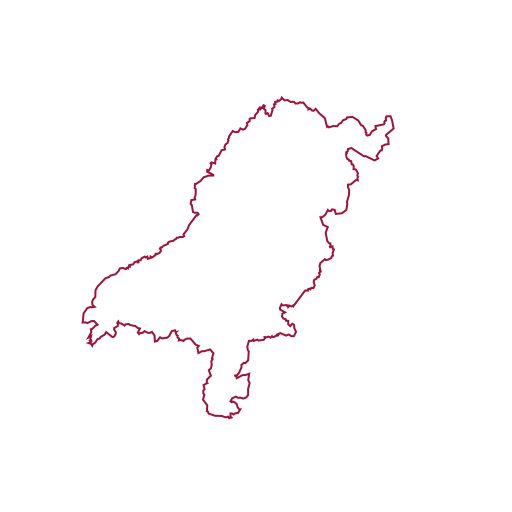 outline of Tzitzio, Michoacán, Mexico, rotated 238°
{"feature_id": "50627088B47865938217160", "entity_name": "Tzitzio", "entity_type": "district", "adm_level": 2, "iso_a3": "MEX", "parent_name": "Mexico", "parent_adm1": "Michoacán", "projection": "natural_earth1", "projection_center": [-100.936, 19.426], "detail": "fine", "context": "isolated", "style": "outline", "palette": "rose", "viewbox_px": 512, "rotation_deg": 238, "n_neighbors": 0, "source": "geoboundaries", "source_scale": "gbopen_adm2", "svg_char_len": 6111}
<svg xmlns="http://www.w3.org/2000/svg" viewBox="0 0 512 512"><g transform="rotate(238 256 256)"><path d="M376.7,361.8L375.6,360.4L375.3,357.9L376.5,356.9L375.5,356.0L376.7,353.9L374.6,353.1L375.1,351.6L372.6,350.7L372.3,347.6L371.1,347.4L367.1,342.9L367.7,341.3L371.0,341.6L371.2,339.7L371.9,339.5L374.6,341.4L376.6,340.7L378.7,343.0L379.9,342.3L378.9,340.3L377.9,340.1L380.0,338.0L379.7,337.2L378.3,337.9L378.0,337.3L379.0,335.1L377.1,334.0L376.0,330.1L373.7,327.8L375.7,324.3L375.6,323.2L373.7,322.1L373.7,318.9L371.6,318.1L369.7,314.3L370.0,311.9L372.5,310.4L370.6,306.8L372.1,303.9L374.3,302.6L371.7,296.4L370.7,296.1L369.7,294.0L368.6,293.9L366.9,291.7L366.8,289.3L365.3,287.1L362.8,286.2L363.9,282.9L360.6,277.2L361.2,276.1L360.0,273.5L359.1,273.5L359.4,272.8L356.1,270.4L358.9,268.0L359.0,267.2L358.6,266.5L357.2,266.7L355.0,264.4L353.5,261.4L354.8,260.3L353.2,259.2L347.6,262.8L346.9,262.4L349.3,258.3L350.5,253.4L349.0,248.7L348.9,243.6L349.4,242.4L346.1,240.0L344.7,240.4L339.9,237.2L338.0,234.8L336.2,234.4L337.7,230.8L334.7,228.1L333.0,228.5L326.8,225.9L325.3,226.8L323.6,229.4L321.8,229.4L321.5,227.5L322.1,227.1L317.8,215.9L314.9,211.9L312.7,205.9L310.8,205.5L311.0,203.8L312.8,201.1L312.6,200.0L313.5,198.4L312.7,196.9L313.1,195.5L312.6,194.2L314.1,190.2L314.0,188.5L312.9,187.6L313.7,182.9L313.2,180.9L313.8,179.5L313.0,178.3L312.1,178.7L310.6,177.9L309.8,175.9L310.0,173.4L310.9,172.5L310.9,171.6L310.0,171.2L309.8,166.9L311.4,166.3L310.2,165.3L310.9,162.8L313.1,163.5L313.2,161.7L314.5,161.2L314.7,157.7L313.5,155.9L314.6,154.0L312.9,152.9L313.4,152.1L314.5,152.3L315.1,149.7L314.0,147.3L315.2,144.5L314.0,143.6L315.1,143.2L313.6,141.3L314.2,141.3L314.4,140.1L313.8,139.9L313.8,138.7L316.5,136.7L317.6,133.9L316.0,131.3L315.0,127.1L316.5,122.4L316.1,120.1L316.9,116.4L314.1,105.6L312.1,101.8L306.5,98.1L305.4,94.7L303.9,92.7L301.2,91.4L298.4,92.2L299.5,89.5L300.5,88.6L301.2,85.2L298.6,79.3L291.4,73.7L290.1,76.2L288.4,77.6L288.0,81.9L286.7,84.2L281.7,85.2L282.0,82.9L280.9,78.3L281.4,77.1L278.8,76.1L275.7,70.8L275.6,73.8L273.6,71.6L272.4,71.6L272.2,70.4L271.0,71.2L270.4,70.1L270.9,67.9L268.7,69.6L266.6,69.5L267.7,71.1L267.8,73.8L269.5,77.4L268.9,79.8L269.6,81.1L269.5,85.9L270.9,88.6L264.0,91.0L263.0,91.8L262.9,93.2L264.2,95.7L265.6,96.7L268.8,96.7L270.0,97.5L269.9,101.7L272.1,103.4L272.8,102.9L273.5,104.5L271.6,104.2L270.2,106.0L266.6,107.7L267.2,109.1L265.9,111.9L264.1,112.7L260.5,116.6L257.5,117.6L256.0,119.2L253.7,115.2L251.7,115.4L252.0,116.8L250.9,119.2L251.4,121.7L248.1,123.6L247.1,125.1L246.8,127.5L242.4,127.8L237.0,124.9L236.3,127.3L237.9,131.6L235.8,132.7L233.8,137.5L234.2,140.2L236.9,144.6L236.0,147.9L234.0,147.6L233.8,148.2L233.6,147.4L231.1,146.7L229.9,147.3L228.6,146.3L226.7,147.0L225.3,145.9L224.9,147.4L222.3,149.5L222.9,150.6L222.6,153.5L220.8,156.6L212.8,157.9L210.0,159.8L209.3,157.6L204.2,155.7L203.8,160.1L202.8,161.3L201.1,167.5L196.1,168.4L192.4,164.3L191.6,164.6L190.4,162.3L187.0,160.7L184.5,158.0L184.2,155.5L178.4,154.3L177.2,148.9L174.8,147.2L174.0,147.4L174.4,143.2L170.2,141.7L169.8,140.0L167.4,138.5L165.8,138.7L162.2,134.9L155.3,135.6L150.4,132.1L149.5,132.8L147.5,132.3L142.2,136.6L138.6,142.1L135.7,144.4L134.7,145.8L134.6,147.2L132.7,147.3L132.0,149.6L133.5,149.3L136.0,151.0L135.2,152.2L133.5,152.9L133.6,155.0L132.5,157.6L134.3,161.5L135.1,160.5L137.9,160.3L140.4,161.2L143.2,160.4L145.0,159.0L144.8,157.9L146.3,157.3L147.9,160.3L147.5,164.3L145.1,165.7L144.4,167.4L141.7,169.9L141.3,173.0L142.2,175.6L147.5,178.9L151.7,183.3L154.8,183.6L159.8,187.8L160.6,184.0L162.1,181.5L162.6,174.9L164.5,175.6L166.1,174.3L164.9,176.8L166.1,180.0L169.2,184.6L171.4,186.0L171.8,189.1L170.8,190.2L171.6,194.0L178.9,199.3L180.9,199.3L183.9,200.7L187.8,205.1L186.4,207.1L186.6,209.5L185.2,209.1L184.4,212.8L183.0,213.3L180.8,218.1L181.4,219.9L182.7,220.3L181.3,222.2L181.1,223.8L179.0,225.1L179.5,226.8L179.0,226.6L177.8,228.4L177.9,230.2L176.9,232.5L177.3,233.2L178.2,232.8L177.7,235.8L172.6,239.3L172.0,242.3L169.4,243.4L167.9,245.6L170.5,249.8L174.4,250.2L177.3,251.8L179.3,250.9L178.4,247.9L180.9,247.1L183.9,249.0L185.1,247.2L186.6,247.7L188.5,246.0L190.9,246.0L193.1,247.8L192.8,250.8L197.7,248.1L199.2,248.6L201.6,252.1L200.0,252.4L198.1,256.1L196.8,256.0L196.7,257.2L195.7,256.6L196.0,257.9L194.3,259.5L194.4,261.4L193.7,261.3L200.7,279.4L199.1,281.7L200.2,282.3L200.1,283.9L198.9,284.3L199.6,286.1L198.4,287.7L199.9,290.2L203.7,291.3L205.0,292.8L204.6,294.9L205.7,296.9L204.8,297.9L205.1,298.6L206.7,300.4L208.2,300.4L208.4,301.6L209.8,302.5L209.2,302.9L213.9,304.6L215.9,306.8L216.8,312.7L215.6,313.0L214.7,315.2L214.4,318.9L215.6,320.1L215.5,321.5L217.8,322.4L220.3,325.6L221.3,324.9L223.6,325.9L224.0,323.6L224.7,323.5L225.4,324.8L227.2,325.7L227.8,324.8L231.0,324.4L238.8,327.4L242.5,332.2L246.8,329.5L254.7,331.2L253.8,332.8L254.3,336.7L256.9,341.3L256.0,341.3L254.4,343.3L255.3,345.1L253.5,347.2L249.4,346.0L246.7,351.6L247.2,357.0L251.9,361.1L253.5,361.6L258.8,367.5L262.7,370.0L265.7,370.5L267.8,371.8L266.5,374.3L267.5,380.8L266.2,382.4L268.2,383.2L269.1,384.5L270.6,384.6L272.0,386.2L273.3,386.4L276.5,386.5L277.9,384.7L280.6,386.6L282.3,386.6L283.0,385.7L286.0,387.0L287.5,385.5L288.6,385.9L289.6,384.9L291.6,385.0L294.8,386.4L295.0,387.5L296.2,387.5L296.2,389.3L297.9,390.6L297.0,394.1L283.1,400.5L282.8,401.8L274.2,407.2L274.0,411.3L276.9,411.3L279.6,417.5L278.9,418.6L280.3,420.1L282.4,420.8L282.0,424.8L280.6,427.7L285.7,430.5L288.4,429.8L289.7,430.2L291.2,440.3L299.0,443.3L303.3,444.1L305.3,440.6L304.3,439.2L302.0,438.1L302.3,436.9L301.7,435.8L300.5,435.5L299.9,434.1L302.9,426.1L300.0,425.0L300.3,420.3L298.4,416.7L299.2,414.1L300.7,413.8L301.8,414.9L303.0,414.5L304.6,415.7L309.7,415.6L311.2,414.5L316.9,414.5L322.8,411.5L325.3,406.6L324.3,405.3L325.0,401.7L323.7,398.4L324.1,396.8L323.0,393.6L325.3,390.4L326.4,386.1L328.0,385.6L327.9,384.7L336.4,387.4L343.9,385.2L349.2,384.6L348.6,381.7L349.9,380.5L352.1,380.1L352.6,378.3L353.3,379.2L354.5,378.2L361.1,377.4L361.9,375.6L363.1,374.8L363.0,372.8L364.3,370.4L366.7,369.9L368.3,367.0L371.4,365.6L372.9,362.7L376.7,361.8Z" fill="none" stroke="#9f1239" stroke-width="2"/></g></svg>